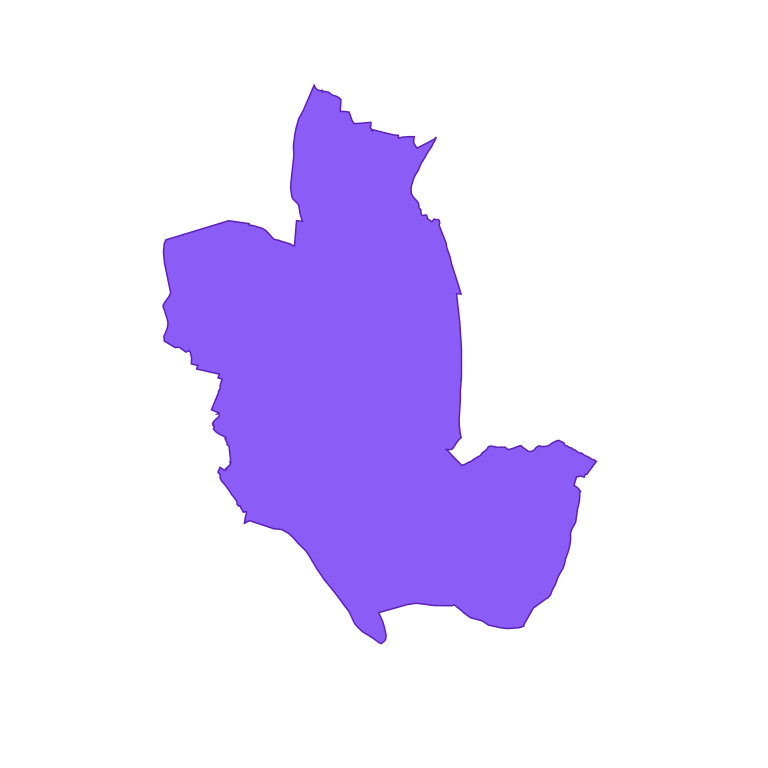 outline of Ohaba, Alba, Romania, rotated 141°
{"feature_id": "2599482B92968068732645", "entity_name": "Ohaba", "entity_type": "district", "adm_level": 2, "iso_a3": "ROU", "parent_name": "Romania", "parent_adm1": "Alba", "projection": "orthographic", "projection_center": [23.801, 46.088], "detail": "fine", "context": "isolated", "style": "filled", "palette": "violet", "viewbox_px": 768, "rotation_deg": 141, "n_neighbors": 0, "source": "geoboundaries", "source_scale": "gbopen_adm2", "svg_char_len": 5355}
<svg xmlns="http://www.w3.org/2000/svg" viewBox="0 0 768 768"><g transform="rotate(141 384 384)"><path d="M462.8,633.3L466.4,631.4L472.4,625.3L478.7,615.7L492.5,588.9L496.4,587.2L503.9,585.2L506.2,584.1L506.9,583.2L507.9,580.7L508.4,578.7L509.6,576.2L511.4,571.2L513.4,567.5L514.3,566.5L516.8,564.1L523.5,560.2L525.0,559.7L527.7,555.6L523.4,543.8L520.0,541.4L517.9,533.5L516.4,533.0L514.4,532.8L514.7,530.1L517.1,525.4L521.1,520.9L517.1,515.6L520.2,513.5L506.9,496.8L505.7,495.3L509.1,493.3L506.8,489.7L507.2,489.4L512.6,485.8L513.5,484.0L517.1,482.5L518.3,481.2L521.0,479.8L522.5,479.3L523.2,478.1L524.6,478.1L524.6,477.8L534.4,472.5L530.6,465.6L532.3,465.6L531.6,465.2L531.0,464.6L531.7,463.3L532.3,462.8L535.1,462.2L536.2,462.6L537.8,462.2L539.7,462.2L542.1,461.1L541.9,459.9L543.0,459.7L542.6,457.6L544.9,456.5L544.8,452.8L543.5,448.5L540.5,442.1L541.1,441.2L541.8,441.6L542.5,439.6L542.9,436.8L544.1,435.8L543.4,433.5L550.9,421.8L553.1,420.0L552.3,419.2L555.3,418.0L559.9,417.8L559.5,417.3L560.9,416.5L562.0,417.4L562.7,418.7L563.4,420.7L563.8,422.4L568.5,420.1L568.6,416.1L570.0,414.9L570.7,413.5L571.3,410.3L571.0,405.4L571.5,397.0L572.0,394.0L571.9,391.3L572.0,388.6L572.2,386.1L572.7,384.5L573.9,383.0L573.8,380.2L573.8,380.3L572.6,379.8L572.5,379.4L573.4,377.3L573.3,376.0L574.1,373.1L571.3,371.3L573.0,369.5L574.7,368.5L580.1,363.6L576.7,362.9L574.5,362.4L565.5,348.3L560.8,340.9L555.3,335.6L552.3,328.5L551.3,322.6L551.0,314.6L550.5,310.0L549.9,305.0L549.8,301.8L550.3,297.4L551.2,291.5L552.6,281.7L552.9,277.6L553.6,269.1L553.5,263.9L553.5,257.8L553.6,249.5L554.3,234.8L554.3,229.5L557.5,216.5L557.6,213.9L556.9,207.1L556.6,204.9L554.6,199.4L552.3,192.7L551.7,190.3L550.6,186.0L550.3,185.5L549.4,183.9L547.5,184.0L545.5,184.0L543.7,184.4L542.3,185.6L540.5,187.4L537.9,192.5L537.3,193.6L535.8,197.1L534.7,199.7L533.3,204.7L532.0,209.6L528.6,208.2L518.9,204.0L505.0,198.1L497.0,193.4L491.0,187.2L487.0,182.9L484.7,180.5L475.7,173.0L470.7,168.9L468.4,168.3L466.7,160.3L466.3,158.3L465.9,155.6L464.2,149.2L463.8,147.8L456.9,138.4L454.6,131.0L448.6,123.5L447.2,121.6L442.4,116.6L434.1,110.7L433.0,109.9L429.4,108.4L427.6,107.9L427.1,108.8L409.0,115.9L393.4,115.1L391.7,114.6L391.2,114.6L387.2,115.4L383.2,117.8L377.2,120.3L369.6,124.8L360.8,128.2L357.5,130.2L355.9,131.4L352.9,133.9L346.0,138.0L341.3,141.5L336.4,146.2L335.2,147.7L333.6,150.1L330.9,152.1L328.9,153.2L322.0,156.0L312.4,164.9L306.5,169.5L302.8,173.2L300.6,176.0L299.7,176.5L298.8,176.9L298.8,178.3L298.8,179.7L299.1,182.5L300.2,185.6L292.7,190.8L291.3,189.6L289.4,189.2L287.0,185.6L284.4,187.2L283.2,186.2L267.7,190.2L268.2,192.4L268.8,193.5L269.8,194.4L270.7,197.7L273.4,203.2L273.6,204.6L273.9,205.8L274.3,206.4L275.9,207.6L276.9,212.1L277.8,213.5L278.2,214.6L278.4,216.0L279.3,217.4L280.2,218.6L280.6,220.7L281.7,221.7L282.0,223.0L281.2,224.5L281.7,226.0L283.7,230.3L285.3,231.0L287.3,231.7L288.9,231.8L289.9,232.3L291.7,232.4L294.1,232.3L296.9,233.3L300.8,236.1L302.0,238.0L303.3,238.7L306.3,238.8L307.6,238.5L308.8,238.2L310.8,238.5L313.5,239.8L314.5,241.9L315.9,247.0L316.2,249.5L317.3,250.5L320.5,251.6L324.2,252.8L325.7,253.4L327.7,254.4L328.8,255.0L329.3,256.0L329.5,258.5L332.6,261.1L335.6,263.3L337.1,265.3L340.1,268.6L341.9,269.4L343.2,269.4L343.6,269.1L344.9,268.6L346.1,268.5L347.7,268.4L350.7,268.7L354.4,267.7L355.4,268.0L358.6,268.7L362.0,269.0L363.9,269.0L365.7,269.1L366.3,269.6L367.5,269.9L371.5,270.6L373.2,271.2L374.8,271.9L375.0,274.5L375.6,280.7L376.1,286.7L376.5,292.2L377.2,294.8L376.6,294.0L376.0,293.2L374.1,291.4L371.8,290.5L369.9,290.9L367.1,291.8L364.2,292.9L360.8,293.6L357.6,293.8L356.5,296.6L351.6,304.4L348.2,308.9L335.4,322.8L333.7,324.7L329.9,329.6L319.0,341.2L301.5,362.8L286.1,384.6L270.9,408.4L268.3,406.3L267.6,405.4L265.9,409.1L256.1,434.3L252.4,441.9L249.5,450.2L247.0,454.5L242.9,467.6L241.2,472.9L239.5,473.9L238.6,475.2L238.2,476.7L238.3,477.6L239.8,478.6L241.0,480.4L241.6,480.6L244.0,480.0L244.9,480.3L245.3,482.4L246.0,484.3L246.1,485.2L244.7,488.0L244.7,488.5L245.5,489.2L248.2,490.8L248.3,492.0L247.7,493.4L245.7,496.4L245.6,496.9L246.1,497.9L246.0,498.7L244.6,500.7L243.5,502.7L243.3,503.7L243.3,506.6L243.6,510.7L242.9,515.0L238.9,520.1L231.3,525.2L228.4,526.6L222.9,528.5L216.4,532.0L210.9,533.9L207.9,535.0L205.9,535.9L197.5,538.6L194.0,540.2L192.0,540.8L187.9,543.0L191.1,542.7L198.8,544.2L203.8,545.2L210.0,546.6L209.2,552.6L207.7,554.5L204.9,557.2L208.4,560.1L214.7,564.5L218.0,565.8L216.3,568.3L219.7,571.4L226.4,580.2L232.5,588.4L233.8,588.0L233.9,588.7L233.4,589.5L233.1,592.4L231.5,593.1L229.5,595.6L239.0,602.0L243.3,605.1L243.1,608.6L240.0,617.2L243.3,620.8L246.4,623.3L238.5,632.1L238.7,632.6L238.7,634.5L240.2,638.0L241.4,639.6L242.5,641.6L243.5,645.8L246.6,649.4L247.9,649.6L247.6,649.9L247.3,651.4L248.4,651.4L250.8,654.7L250.9,657.0L250.3,660.1L275.0,647.2L283.5,643.7L284.2,643.2L290.6,638.7L296.2,634.1L304.8,625.8L310.2,618.4L313.1,615.4L328.8,599.9L333.7,594.3L337.5,587.9L338.1,586.0L338.3,584.6L337.7,579.2L337.7,577.1L338.4,575.5L341.6,570.0L342.3,568.6L345.1,561.9L349.2,566.0L366.7,547.6L368.0,549.5L368.9,552.2L370.6,554.5L371.6,556.2L373.6,558.8L375.2,561.7L377.9,564.9L378.5,566.2L378.7,568.4L378.8,572.3L379.2,577.5L380.6,581.5L385.3,588.4L387.3,590.7L387.2,590.8L388.2,591.8L388.9,592.3L387.9,593.5L396.4,602.6L401.9,608.6L462.8,633.3Z" fill="#8b5cf6" stroke="#5b21b6" stroke-width="1.5"/></g></svg>